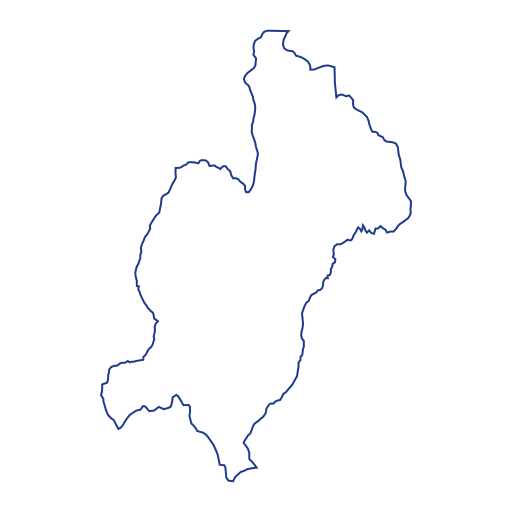 Condeúba, Bahia, Brazil (Equal Earth projection)
{"feature_id": "56859067B15053950259209", "entity_name": "Condeúba", "entity_type": "district", "adm_level": 2, "iso_a3": "BRA", "parent_name": "Brazil", "parent_adm1": "Bahia", "projection": "equal_earth", "projection_center": [-42.052, -14.924], "detail": "fine", "context": "isolated", "style": "outline", "palette": "blue", "viewbox_px": 512, "rotation_deg": 0, "n_neighbors": 0, "source": "geoboundaries", "source_scale": "gbopen_adm2", "svg_char_len": 5299}
<svg xmlns="http://www.w3.org/2000/svg" viewBox="0 0 512 512"><path d="M349.0,95.4L346.5,96.3L344.2,95.5L342.6,94.6L340.7,94.7L338.6,95.2L336.4,97.4L334.9,83.0L334.5,67.2L327.9,65.4L323.2,66.0L313.9,69.6L310.3,69.6L310.3,66.7L309.6,64.3L308.0,61.8L305.9,60.0L304.1,58.8L301.6,57.4L298.8,56.4L296.2,55.8L294.1,52.5L292.1,51.0L289.6,50.9L286.8,50.2L284.0,48.0L283.0,44.3L283.5,40.4L284.3,38.1L285.4,36.2L286.5,33.2L288.5,31.1L267.2,30.7L264.2,31.8L262.3,34.1L261.0,37.2L257.4,39.1L255.1,40.9L253.8,44.3L253.5,47.8L254.1,51.3L253.4,54.8L256.1,58.4L255.7,62.0L255.4,65.4L253.7,68.2L250.3,70.8L247.4,73.1L245.2,75.7L243.9,78.7L244.8,82.1L246.7,84.0L248.3,85.3L249.5,87.4L250.1,90.0L251.6,93.6L252.9,96.9L253.4,99.8L254.6,103.3L255.2,106.4L255.1,110.5L254.5,114.6L253.4,118.9L253.1,122.3L251.9,124.3L252.0,127.2L251.7,131.3L252.5,135.1L253.5,137.6L254.3,139.9L255.4,143.5L255.9,146.7L256.7,149.2L257.5,151.6L257.9,154.1L257.0,159.0L256.2,162.3L255.8,165.2L255.6,169.0L255.1,171.8L254.5,176.2L254.2,179.3L253.8,182.3L253.0,185.2L252.0,187.4L250.6,189.7L248.8,192.1L246.1,192.2L245.1,189.5L245.0,185.7L243.1,183.6L240.7,182.1L238.4,179.4L235.8,178.1L233.3,178.4L231.3,175.4L230.3,171.4L227.8,169.1L225.7,166.3L223.8,166.1L221.8,167.2L220.4,169.0L218.5,167.8L216.6,167.2L215.0,165.6L212.4,165.6L209.5,166.0L208.2,162.6L206.2,160.6L204.3,160.3L201.7,160.1L199.8,161.0L198.4,163.3L194.8,162.5L190.9,162.1L188.1,162.5L186.1,164.6L183.5,165.6L180.5,167.6L177.8,167.9L175.6,168.0L175.5,172.7L175.9,177.7L174.0,181.4L172.6,183.5L171.5,185.9L170.3,188.9L168.3,192.8L165.3,194.7L163.4,195.5L161.6,198.2L161.2,202.0L160.9,204.5L160.2,207.7L159.3,212.5L156.9,214.7L155.1,216.8L152.4,221.1L149.8,225.7L150.2,228.8L147.2,234.4L145.1,236.7L143.4,241.2L142.0,244.0L140.9,247.6L141.3,251.9L140.3,254.9L140.3,258.2L139.3,260.9L138.4,263.8L137.0,266.0L136.0,269.4L135.3,272.6L135.5,275.4L136.0,277.8L136.8,280.4L136.8,283.2L136.9,286.1L138.8,286.3L138.3,289.3L139.5,291.8L140.7,295.3L141.7,297.4L142.8,299.8L144.5,303.0L146.4,305.4L147.7,307.7L151.0,311.3L152.9,312.6L153.7,315.2L154.1,318.5L156.3,320.0L157.9,321.2L155.7,323.7L154.8,326.4L154.9,331.1L154.4,333.6L153.7,336.7L154.3,339.4L153.3,342.2L152.4,345.1L150.5,347.7L148.4,349.5L147.4,351.5L145.8,354.6L143.5,356.9L143.2,359.8L140.8,360.2L138.5,360.6L136.2,361.0L133.5,361.8L131.4,361.7L129.6,362.4L127.8,361.0L125.5,362.6L122.7,362.8L120.3,363.2L117.2,365.6L113.9,365.9L111.2,367.0L109.3,369.3L108.9,372.2L108.2,375.3L108.1,379.3L107.1,382.7L104.5,383.6L102.2,384.4L102.2,387.9L102.0,391.4L101.0,395.2L103.3,398.7L103.5,401.9L104.7,405.5L105.6,408.9L106.7,412.0L108.3,415.3L111.2,418.3L113.7,420.0L118.4,428.9L120.5,427.8L122.4,425.8L126.7,418.8L129.9,414.8L136.3,410.6L140.4,409.7L143.0,406.1L145.3,406.5L149.2,411.1L154.0,410.6L158.9,406.9L163.9,409.2L168.7,407.8L170.8,406.6L172.3,401.1L172.5,397.4L176.3,394.9L178.2,396.3L181.3,401.4L183.3,405.1L188.6,405.0L190.0,407.0L190.1,411.8L189.4,415.8L191.4,423.5L193.8,425.8L196.0,428.6L197.2,431.0L202.6,432.5L205.3,434.1L207.8,436.7L213.4,444.7L216.2,450.9L217.8,455.2L219.7,464.7L224.3,465.3L225.4,467.5L226.3,477.5L228.4,480.6L233.0,481.3L235.3,476.9L240.8,471.9L243.0,471.2L245.1,470.4L247.2,469.2L249.6,468.7L252.2,468.2L256.6,467.6L254.1,464.2L251.9,461.7L249.4,459.2L249.2,456.3L249.3,453.1L248.0,448.9L245.8,445.7L243.6,442.8L244.9,440.2L246.6,437.8L247.8,435.6L250.3,433.5L251.5,430.4L252.5,427.6L253.8,424.5L256.3,422.3L258.8,420.6L260.7,418.6L263.2,416.8L265.7,413.1L266.4,408.6L267.9,406.2L269.6,404.1L271.4,403.5L273.6,403.6L275.1,401.6L277.5,400.6L280.2,399.9L282.1,396.6L283.3,393.8L285.5,392.6L287.9,389.8L290.2,387.0L292.0,385.1L293.7,382.2L295.5,378.9L297.1,375.9L297.6,372.2L298.5,366.9L298.6,362.4L300.4,360.1L300.6,356.6L302.2,355.1L302.6,352.2L302.9,349.2L303.8,347.0L303.8,344.0L303.8,340.9L301.9,338.5L301.2,335.6L301.5,331.8L302.5,328.2L303.1,323.4L302.7,320.7L302.5,317.5L301.9,313.7L302.7,311.3L303.6,308.6L304.9,305.3L306.6,302.3L308.6,301.0L310.2,297.1L311.3,295.1L313.7,293.8L316.0,292.6L317.9,290.3L320.0,290.1L321.9,288.5L323.1,285.4L323.2,282.1L324.2,279.9L325.7,278.1L327.8,278.2L327.5,275.7L329.9,274.9L331.0,271.7L330.8,269.0L332.2,266.8L332.7,263.7L334.9,262.4L335.4,259.2L332.9,257.0L333.8,254.6L333.3,249.5L334.5,246.2L337.1,244.2L339.9,244.4L343.0,243.0L345.7,241.1L347.7,239.6L349.5,240.4L351.3,240.1L352.7,237.9L353.7,235.1L355.3,233.0L356.4,230.8L358.1,227.4L360.0,228.8L361.3,231.3L362.5,229.2L362.9,225.4L364.6,227.8L365.4,230.4L366.9,232.6L369.1,230.4L371.4,233.1L374.0,233.8L375.5,228.6L378.0,228.5L380.5,226.1L383.2,228.4L385.5,229.7L387.0,232.6L390.6,231.5L393.5,231.6L396.3,228.6L398.4,225.5L400.6,223.5L402.5,222.4L405.1,220.4L408.0,218.3L409.8,215.5L410.8,213.0L410.4,209.9L410.9,205.5L411.0,201.2L409.0,198.4L406.5,195.0L405.2,191.4L405.1,188.4L405.3,186.0L405.7,182.3L405.4,179.8L404.4,177.1L403.6,173.5L402.8,170.5L401.3,167.5L400.9,164.5L400.6,162.1L400.2,159.2L398.8,155.2L398.3,151.2L397.9,147.4L396.0,143.7L393.5,142.6L391.6,142.1L388.7,141.8L385.9,141.4L384.0,139.5L382.9,137.3L380.5,136.1L378.4,135.2L377.4,132.9L375.5,131.9L372.5,131.8L371.0,129.1L370.1,126.5L369.2,123.9L368.7,121.1L366.9,116.9L365.0,115.0L362.1,112.2L358.7,110.6L356.0,109.1L353.8,107.5L353.0,104.0L353.2,100.2L351.2,97.7L349.0,95.4Z" fill="none" stroke="#1e3a8a" stroke-width="2"/></svg>